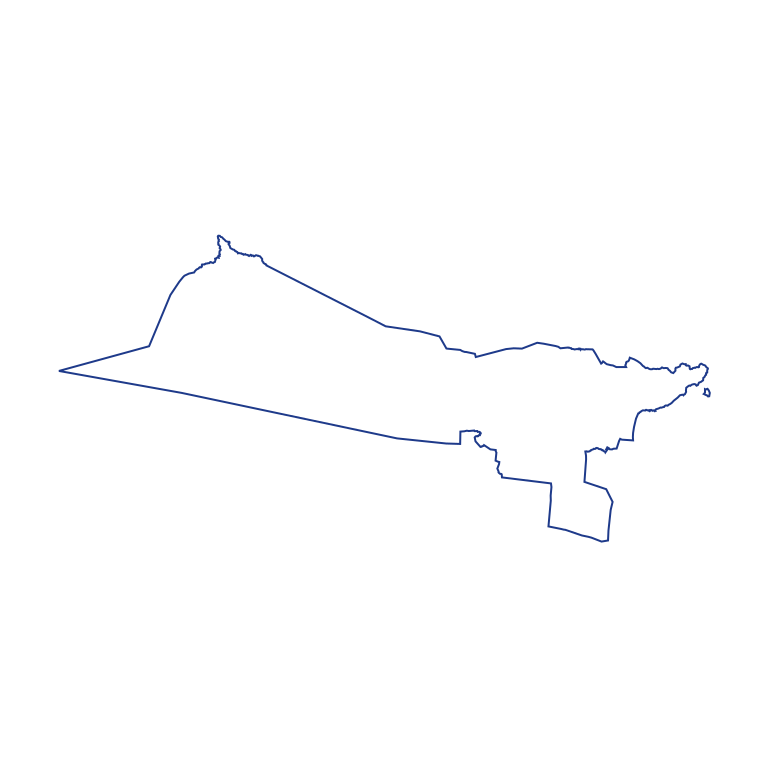 outline of Þingeyjarsveit, Norðurland eystra, Iceland, rotated 100°
{"feature_id": "244011B2873245088627", "entity_name": "Þingeyjarsveit", "entity_type": "district", "adm_level": 2, "iso_a3": "ISL", "parent_name": "Iceland", "parent_adm1": "Norðurland eystra", "projection": "albers", "projection_center": [-17.794, 65.291], "detail": "fine", "context": "isolated", "style": "outline", "palette": "blue", "viewbox_px": 768, "rotation_deg": 100, "n_neighbors": 0, "source": "geoboundaries", "source_scale": "gbopen_adm2", "svg_char_len": 6036}
<svg xmlns="http://www.w3.org/2000/svg" viewBox="0 0 768 768"><g transform="rotate(100 384 384)"><path d="M396.3,128.9L393.0,129.7L388.9,130.2L382.9,130.3L374.4,129.8L368.8,128.5L368.5,127.7L367.5,127.4L367.1,126.6L366.0,125.8L365.0,124.5L364.7,122.0L364.0,121.6L363.9,120.8L364.2,120.2L364.1,119.1L364.3,118.6L363.9,118.7L363.7,118.5L363.6,118.1L364.0,117.4L363.5,117.3L363.1,116.5L363.2,116.0L363.5,115.6L363.4,115.4L363.4,115.2L363.7,114.9L363.2,114.0L363.7,112.8L363.4,112.7L363.3,112.0L362.5,112.4L361.6,111.7L360.4,109.3L359.2,107.7L359.1,106.5L358.6,105.8L357.9,104.1L357.1,103.9L356.3,103.0L356.1,102.2L356.1,100.9L355.1,100.2L354.1,98.8L352.7,97.4L350.1,95.7L346.4,92.4L343.7,90.6L342.7,88.3L342.9,87.4L343.1,87.1L342.2,86.7L341.8,85.9L339.3,85.1L338.1,85.5L335.2,85.7L333.3,84.0L332.5,83.1L332.6,82.0L331.5,81.1L331.0,80.4L330.2,78.5L330.2,77.7L330.4,76.8L331.0,76.5L331.4,75.9L330.5,74.7L328.0,74.1L326.8,72.1L326.0,71.4L325.0,70.4L322.5,70.6L321.5,69.6L319.7,69.1L319.0,68.4L317.5,68.7L316.8,68.4L316.6,68.1L316.7,67.8L316.6,67.7L314.1,68.1L312.8,67.6L312.2,67.9L311.7,69.0L310.9,70.1L310.1,70.7L309.8,71.9L309.7,72.9L309.0,74.7L308.9,75.1L309.1,75.5L309.9,76.3L311.3,76.8L312.7,76.8L313.0,77.4L312.9,78.2L313.1,79.2L314.1,80.4L314.0,81.1L314.3,81.5L314.7,82.6L315.7,83.2L315.8,83.9L316.3,84.9L316.2,85.2L315.9,85.5L313.5,86.2L313.0,87.6L313.0,88.1L313.4,88.9L313.2,89.8L312.0,90.3L312.4,91.4L312.0,93.7L313.4,95.4L315.3,95.7L316.9,98.2L317.3,99.4L318.2,99.7L320.3,99.3L323.0,101.0L322.6,103.3L321.3,104.8L320.7,106.1L319.4,107.3L319.2,107.5L319.2,107.9L319.3,109.4L319.8,111.2L319.8,111.7L319.4,113.1L320.8,114.3L321.5,115.6L321.6,116.0L321.5,117.2L322.0,118.3L322.2,121.3L322.3,121.8L322.7,122.1L323.1,123.5L323.2,124.6L322.9,125.9L322.3,127.3L322.3,127.6L322.9,128.8L322.4,130.0L321.6,131.1L321.3,132.1L319.0,135.1L317.5,138.3L316.3,141.8L315.4,146.5L317.3,146.7L318.5,147.0L319.4,147.7L320.0,148.9L320.7,149.3L321.7,149.1L323.6,149.6L325.3,148.5L327.0,158.1L326.0,161.7L326.0,162.8L326.1,163.6L325.8,168.0L325.2,169.3L324.3,170.9L323.7,172.2L325.5,173.0L326.2,173.7L317.5,180.9L314.5,183.6L313.7,184.6L314.7,191.4L315.2,192.1L315.3,192.8L315.2,194.2L315.5,195.0L315.6,195.7L315.3,196.2L315.5,196.5L315.4,196.7L315.7,196.7L315.6,196.8L315.7,197.3L315.9,197.5L316.0,198.0L315.7,198.3L315.4,198.1L315.4,198.7L316.0,199.2L316.2,200.1L316.2,200.6L316.9,202.2L316.7,203.2L316.8,203.8L316.7,204.2L316.9,205.2L316.2,206.0L316.4,206.5L316.1,207.5L316.2,208.4L316.1,208.5L316.3,208.9L316.2,209.4L318.2,216.5L317.1,218.8L316.8,221.7L316.6,233.7L316.8,240.3L325.2,254.3L326.3,262.4L328.4,269.8L341.5,298.3L338.5,299.7L338.2,308.8L338.4,309.8L338.3,310.7L338.0,312.7L337.2,314.8L338.2,327.8L338.2,328.7L327.5,337.6L325.9,357.6L326.9,392.4L322.6,406.1L287.6,520.5L287.0,520.6L286.5,521.3L286.4,521.6L286.5,521.9L285.8,523.6L285.1,523.9L284.6,524.7L283.7,525.4L282.0,525.7L279.8,528.3L279.7,529.5L279.5,530.0L279.7,530.5L279.5,531.0L279.4,532.3L279.6,532.8L280.6,533.6L280.9,534.2L280.9,534.5L280.3,534.9L280.2,535.7L280.8,536.7L280.0,537.3L279.9,537.7L281.4,539.1L281.1,540.0L280.6,540.4L280.6,542.7L280.2,543.2L281.1,544.6L281.0,545.0L280.4,545.5L280.4,545.8L280.6,546.4L280.1,547.3L280.3,548.0L280.2,549.8L280.7,550.5L279.5,551.4L279.3,552.6L278.9,552.9L278.8,553.9L277.9,554.7L277.8,555.0L277.8,556.1L276.8,558.9L274.5,560.1L273.3,561.4L272.6,561.4L271.9,560.6L270.9,560.9L270.8,561.1L271.1,562.4L270.8,564.5L269.4,566.4L268.7,567.7L268.0,568.4L267.6,569.1L267.5,570.4L266.6,571.4L266.7,572.8L266.8,573.0L267.5,573.3L269.8,572.5L270.4,571.7L271.3,571.8L271.9,571.4L272.4,571.8L274.0,571.8L274.8,571.3L275.5,571.4L275.8,571.1L276.1,570.3L276.5,569.8L277.3,569.2L278.7,569.5L279.8,568.3L280.4,568.1L281.8,569.0L284.0,568.8L284.8,568.1L285.6,568.4L286.4,568.1L286.5,568.5L286.3,569.2L286.7,569.4L288.4,568.7L288.4,568.9L288.3,569.4L288.3,570.1L289.1,570.9L290.2,571.3L290.2,571.6L289.8,571.9L289.9,572.1L291.5,571.5L293.3,571.8L293.8,572.8L294.5,573.3L294.4,573.9L294.4,574.6L294.0,575.6L294.0,576.0L294.3,576.5L294.9,576.6L295.3,577.0L295.4,577.7L295.8,578.5L295.8,578.9L296.2,579.4L296.3,580.4L297.0,581.0L297.1,581.5L297.5,581.7L297.9,583.9L298.6,584.1L299.6,583.7L300.4,583.9L301.0,584.5L300.8,585.4L301.6,586.3L302.4,586.6L303.8,588.5L305.7,589.8L307.1,590.3L309.1,595.2L312.0,599.3L313.7,600.5L318.9,603.4L333.4,609.8L387.6,621.9L427.6,706.4L427.9,581.8L435.3,361.7L431.8,312.4L429.8,298.6L417.6,300.5L416.6,296.6L415.6,294.3L415.6,292.3L414.2,287.3L414.5,287.2L414.7,286.5L414.1,284.0L414.9,283.4L414.6,282.2L414.6,281.5L415.3,280.4L415.8,280.2L416.1,280.6L416.3,280.5L416.5,280.9L417.7,280.7L417.8,281.5L419.0,282.2L419.0,282.7L419.2,282.9L419.0,283.2L419.5,284.0L419.5,284.4L419.8,284.8L420.9,285.4L424.6,283.9L429.1,278.2L428.8,277.6L429.0,277.5L428.9,277.3L428.8,276.9L428.1,276.3L427.8,275.6L427.6,275.5L427.6,275.2L426.8,274.9L429.9,267.9L429.6,262.5L431.0,262.2L432.0,261.4L440.1,260.8L440.7,258.4L440.8,256.9L442.9,256.8L447.6,257.7L450.4,255.9L451.1,255.9L451.5,255.5L452.3,254.1L452.2,253.0L452.5,252.4L455.5,251.6L452.9,202.3L456.4,201.2L465.0,200.5L469.8,199.5L495.7,197.3L496.0,184.6L496.2,181.6L496.1,180.2L498.8,162.8L499.0,156.3L499.3,153.0L501.4,142.4L499.2,136.2L489.3,137.5L468.6,138.9L460.4,138.4L449.0,146.9L445.6,169.6L423.0,171.9L419.5,172.6L415.5,174.0L415.1,172.7L415.3,171.6L414.6,169.8L413.9,169.3L413.8,168.9L413.2,168.7L411.9,166.5L411.4,166.2L411.4,165.3L411.3,164.9L410.3,164.1L410.2,163.9L410.3,163.3L410.0,163.1L410.2,161.9L410.7,161.1L410.7,160.2L410.5,159.4L410.5,159.1L411.1,158.4L411.0,157.9L411.0,157.7L411.5,157.3L411.3,156.8L411.4,156.4L412.1,155.6L412.4,154.4L412.9,154.1L409.7,152.6L409.7,153.8L407.6,153.1L408.2,151.3L409.0,150.7L409.1,150.4L408.8,148.0L407.9,146.8L407.2,143.7L399.3,142.6L397.0,141.9L397.5,140.1L396.3,128.9ZM339.6,61.6L336.2,61.6L334.0,63.0L332.6,64.5L333.0,65.0L333.0,65.5L333.5,66.0L333.5,66.7L333.4,67.0L336.6,66.4L337.2,66.7L337.9,66.7L337.9,67.0L338.3,67.3L339.0,64.9L339.0,64.2L340.0,62.7L339.6,61.6Z" fill="none" stroke="#1e3a8a" stroke-width="2"/></g></svg>